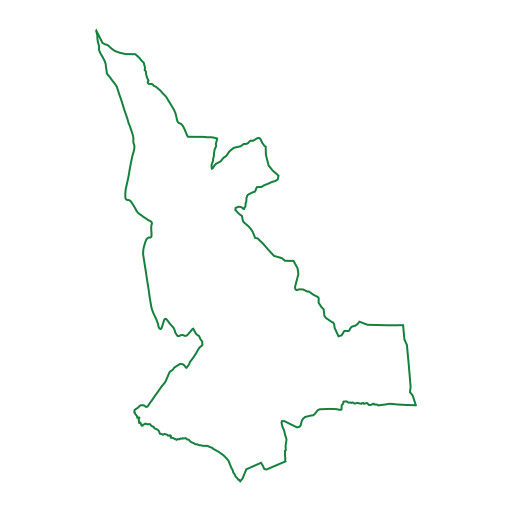 the district of Ikela, Équateur, Democratic Republic of the Congo
{"feature_id": "63176286B75913983063727", "entity_name": "Ikela", "entity_type": "district", "adm_level": 2, "iso_a3": "COD", "parent_name": "Democratic Republic of the Congo", "parent_adm1": "Équateur", "projection": "equal_earth", "projection_center": [23.073, -0.987], "detail": "fine", "context": "isolated", "style": "outline", "palette": "green", "viewbox_px": 512, "rotation_deg": 0, "n_neighbors": 0, "source": "geoboundaries", "source_scale": "gbopen_adm2", "svg_char_len": 6064}
<svg xmlns="http://www.w3.org/2000/svg" viewBox="0 0 512 512"><path d="M134.3,412.4L134.8,412.6L135.3,414.2L136.2,415.0L137.0,416.2L137.3,417.7L138.7,417.4L139.3,417.7L139.3,418.1L138.7,419.5L139.2,422.9L139.5,423.0L140.1,422.5L140.4,422.7L141.6,425.6L142.6,425.7L143.3,424.6L144.2,424.4L145.4,423.6L147.2,424.3L149.6,424.1L150.1,424.3L151.1,425.6L152.8,426.6L153.5,426.7L154.5,428.3L156.9,429.3L158.3,430.4L158.9,431.1L160.0,433.8L161.7,434.0L162.7,434.7L163.2,434.7L164.5,433.9L165.5,434.2L167.4,434.9L168.0,435.6L168.8,435.7L170.0,435.3L170.5,435.5L170.9,436.0L170.6,436.5L170.8,437.7L172.7,437.9L176.6,439.8L176.9,439.4L178.1,439.1L179.5,439.3L180.5,438.5L181.8,438.7L182.9,438.2L183.6,438.5L185.2,438.2L186.2,438.4L187.0,439.4L188.8,439.8L190.6,441.8L194.2,443.4L195.1,444.2L197.6,444.4L199.0,445.2L201.0,445.3L202.4,445.8L207.7,445.9L209.3,446.8L212.2,447.8L212.9,448.6L218.9,452.0L223.6,455.4L227.2,459.1L228.6,461.0L231.4,468.0L232.7,470.1L233.2,472.3L234.8,474.6L235.4,476.1L236.2,477.2L237.1,478.0L238.3,479.7L239.2,479.8L240.2,481.3L242.6,478.4L246.3,469.3L261.0,462.8L262.7,465.5L264.3,469.0L266.4,469.5L285.5,461.4L285.2,460.0L285.3,458.2L285.0,455.9L285.0,450.8L285.6,450.5L285.8,449.9L285.7,448.9L285.8,448.0L285.5,446.5L286.5,439.7L285.9,437.1L285.3,435.6L284.1,430.4L282.4,426.6L281.5,422.6L282.0,421.1L284.5,421.2L297.0,427.4L299.5,426.8L300.6,425.5L301.9,420.5L303.3,418.6L305.0,417.0L311.2,415.5L313.1,415.3L314.6,414.2L317.6,410.3L319.7,409.3L329.3,408.9L336.0,409.1L340.4,409.9L341.5,409.5L341.7,405.2L343.1,403.8L343.5,401.6L346.6,401.4L348.3,402.6L350.1,402.5L351.4,402.9L351.8,402.6L352.7,402.5L354.6,403.6L357.2,402.9L361.4,403.8L362.2,403.0L363.0,402.9L364.0,403.8L366.9,403.0L367.4,403.2L368.7,404.9L370.8,405.0L373.0,403.8L373.8,403.8L374.2,404.5L377.0,404.5L378.2,405.4L386.0,404.4L389.0,403.8L392.5,404.0L396.4,404.4L404.7,404.9L414.0,405.2L415.2,405.3L415.8,405.1L412.6,395.4L410.0,392.2L410.6,386.8L408.6,363.0L406.9,345.0L404.4,339.3L403.1,325.2L388.8,325.3L367.6,324.8L359.4,321.7L357.6,324.0L355.5,325.6L352.1,326.6L351.1,327.3L350.0,328.9L349.2,330.7L348.2,331.0L344.6,330.9L343.7,331.7L342.9,333.5L342.0,334.5L341.7,335.3L338.5,336.3L334.7,328.1L334.1,324.1L333.0,322.4L331.9,322.1L325.7,317.8L324.4,315.8L323.6,309.2L321.5,307.2L318.6,302.7L318.7,298.1L318.1,297.2L313.2,294.6L308.8,291.5L307.2,291.5L303.2,289.5L299.5,289.3L296.5,290.1L295.4,289.3L295.0,287.0L298.4,274.1L297.6,268.4L293.5,260.9L289.3,260.9L284.8,260.7L281.8,258.1L274.0,255.9L267.9,249.3L263.3,243.9L257.6,238.4L255.1,237.9L252.6,231.6L250.6,228.7L250.1,228.2L248.8,226.6L243.4,221.9L242.7,219.9L241.9,215.9L239.4,214.2L235.3,209.9L235.6,207.9L238.8,206.7L241.7,207.3L243.6,209.1L244.1,209.0L244.4,207.8L245.3,206.7L245.6,205.2L245.5,203.8L246.3,201.4L246.5,198.0L247.2,195.7L247.7,195.0L249.3,194.0L253.0,192.2L254.6,191.8L255.4,190.8L256.3,188.3L257.0,187.1L261.4,187.0L263.5,185.6L269.1,183.3L272.0,181.9L275.1,181.1L277.7,179.5L278.5,175.8L276.8,174.1L272.9,170.8L268.6,165.5L265.9,154.8L265.7,146.7L264.3,145.7L262.1,142.6L260.9,139.8L260.2,138.8L259.0,137.9L257.1,138.3L253.0,140.8L250.6,140.7L249.7,141.3L248.0,143.1L246.4,143.9L243.7,144.0L240.6,146.3L233.8,147.8L229.4,151.4L226.3,155.9L223.5,157.8L220.7,161.3L215.8,163.9L214.4,165.5L212.8,168.2L211.9,168.6L211.5,166.3L211.6,164.8L212.9,161.1L213.2,158.5L213.9,156.0L213.9,154.0L214.6,149.6L216.2,146.0L215.8,143.8L216.7,140.8L217.1,138.5L213.4,137.5L210.7,137.2L207.7,137.3L203.9,136.9L188.0,136.8L187.1,135.5L184.5,129.1L182.9,126.0L181.1,123.9L178.8,123.0L177.9,122.1L177.2,120.6L176.8,118.9L176.2,116.1L175.5,113.4L174.0,109.8L166.0,96.6L163.0,93.6L160.4,90.6L156.0,86.8L153.6,85.7L152.8,84.5L151.8,84.0L148.6,83.9L147.7,82.6L147.8,81.8L148.5,80.6L147.2,78.0L146.3,75.2L145.8,71.3L144.8,70.2L144.7,69.5L145.1,68.1L143.7,62.6L141.7,60.8L139.4,57.9L135.8,54.6L135.1,54.2L125.6,54.1L119.3,52.6L114.9,51.0L111.5,48.6L109.0,46.2L107.5,45.0L105.2,44.4L102.5,42.9L96.3,30.7L96.2,30.9L97.4,35.5L97.3,37.4L97.7,41.1L99.1,46.4L99.0,49.6L99.6,51.5L100.9,54.2L102.7,57.2L104.0,59.7L104.6,60.9L105.2,62.5L105.7,64.2L106.0,67.1L106.4,69.4L106.9,73.4L107.4,74.3L109.6,76.8L111.8,79.9L115.1,84.0L116.0,85.4L116.8,86.7L120.1,96.8L120.9,98.8L124.7,111.1L127.2,118.1L128.6,123.1L129.8,125.9L132.9,135.2L133.2,136.7L133.4,138.5L133.3,141.3L133.4,142.6L134.3,145.5L134.4,147.2L134.3,148.6L133.7,151.6L132.9,154.0L132.1,157.2L131.3,161.0L130.5,165.2L130.0,167.5L129.0,173.8L128.3,177.7L125.7,189.2L125.3,193.7L125.3,195.2L125.4,197.7L125.6,198.7L126.4,199.6L127.7,200.0L128.5,200.0L129.4,200.3L130.2,200.8L131.0,201.6L134.1,206.4L135.8,209.4L136.4,210.8L138.2,213.0L140.4,214.7L141.6,215.4L143.0,216.6L146.1,218.6L147.9,219.9L150.0,221.0L150.9,221.5L151.5,222.1L151.8,222.6L151.9,223.2L151.9,223.9L151.4,225.1L151.3,226.0L151.2,227.3L151.3,231.2L151.5,232.5L151.5,235.7L151.4,236.5L151.1,237.1L150.6,237.5L149.3,237.4L147.8,238.0L146.6,239.1L145.9,240.6L145.1,242.7L143.8,247.2L143.3,249.9L143.1,254.1L143.6,257.5L145.9,272.0L146.9,278.8L148.7,290.0L149.7,297.5L151.3,306.7L151.8,308.9L153.5,313.5L156.3,319.3L157.4,322.3L157.9,323.6L158.5,326.6L159.2,328.1L160.3,329.0L160.9,328.9L161.5,328.2L162.5,325.3L163.9,320.7L164.4,319.6L164.7,319.1L165.3,318.9L166.0,319.0L166.7,319.5L167.4,320.4L170.1,324.0L172.2,326.3L173.8,328.2L174.8,330.7L175.1,331.9L175.5,333.0L177.2,335.6L177.7,336.0L178.6,336.1L179.5,335.9L180.9,335.2L182.0,334.9L183.0,335.1L184.8,335.8L185.6,335.9L186.2,335.8L187.8,334.6L192.6,328.9L193.2,328.7L193.6,329.4L195.9,333.6L196.9,334.7L199.1,336.1L200.6,339.5L202.0,341.2L202.3,341.9L202.2,343.3L202.5,344.6L201.8,345.7L200.3,346.8L199.1,348.2L198.0,349.8L196.0,353.5L193.0,358.0L190.0,361.9L189.3,363.7L188.6,365.1L186.5,367.8L185.9,367.5L184.1,365.2L182.7,364.2L180.0,364.0L174.5,367.4L172.8,369.7L172.0,370.4L170.4,371.2L169.4,372.5L166.4,379.6L165.3,382.0L161.9,386.1L156.9,393.2L155.0,395.7L151.9,400.4L150.5,402.2L147.8,406.2L146.9,406.9L146.0,406.9L143.7,405.3L142.4,405.2L140.4,405.4L139.6,406.0L137.7,407.9L134.6,409.9L134.3,412.4Z" fill="none" stroke="#15803d" stroke-width="2"/></svg>